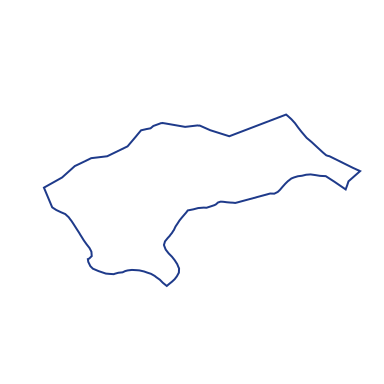 Al Hujjaylah, Al Hudaydah, Yemen (Equal Earth projection), rotated 129°
{"feature_id": "15242507B15912619562849", "entity_name": "Al Hujjaylah", "entity_type": "district", "adm_level": 2, "iso_a3": "YEM", "parent_name": "Yemen", "parent_adm1": "Al Hudaydah", "projection": "equal_earth", "projection_center": [43.594, 14.987], "detail": "fine", "context": "isolated", "style": "outline", "palette": "blue", "viewbox_px": 384, "rotation_deg": 129, "n_neighbors": 0, "source": "geoboundaries", "source_scale": "gbopen_adm2", "svg_char_len": 2293}
<svg xmlns="http://www.w3.org/2000/svg" viewBox="0 0 384 384"><g transform="rotate(129 192 192)"><path d="M280.9,152.5L277.9,151.9L274.2,151.1L271.4,150.7L270.7,150.6L267.0,150.7L263.8,151.3L263.4,151.4L263.0,151.4L259.6,153.9L259.4,154.2L258.9,155.3L257.3,158.2L256.9,159.5L255.9,162.5L254.9,166.9L254.4,171.5L253.3,176.2L251.5,179.4L250.8,180.5L248.3,181.5L247.7,181.8L247.4,181.9L244.4,181.9L243.6,181.9L243.0,181.9L240.0,181.7L239.3,181.8L237.6,181.8L236.3,181.8L234.2,182.1L233.7,182.1L233.4,182.1L232.7,182.2L230.8,182.7L229.1,183.1L225.6,183.4L222.0,183.8L218.8,183.8L218.5,183.8L214.8,183.7L211.5,183.6L211.3,183.6L209.0,183.7L204.7,180.1L200.6,177.1L196.7,173.0L195.1,170.8L191.1,168.2L188.1,166.3L186.5,165.6L183.8,165.2L181.5,163.7L179.9,161.5L178.0,158.4L175.9,155.3L174.5,153.4L173.3,151.5L171.3,150.0L168.8,148.2L144.0,130.3L141.5,127.0L138.0,125.4L135.0,125.0L130.7,124.9L126.8,124.7L123.3,124.3L122.1,124.0L119.0,123.3L116.5,121.9L113.1,119.6L110.1,116.7L106.8,114.2L103.7,110.9L101.0,106.4L98.9,102.7L95.5,98.0L94.4,87.8L93.8,80.5L93.5,76.8L93.3,74.2L89.2,75.6L85.2,77.1L70.0,74.5L71.9,81.9L77.7,107.7L78.6,109.6L79.0,110.9L78.9,115.1L78.5,121.5L77.9,130.5L77.8,136.9L76.4,144.4L76.0,146.2L75.1,150.1L73.7,155.3L72.9,160.5L72.6,166.1L72.6,167.6L125.2,198.1L132.5,216.7L135.5,227.8L136.1,228.4L136.8,229.6L145.7,238.3L151.0,247.8L155.3,255.5L156.9,258.3L157.1,258.3L158.0,259.4L160.2,260.7L165.0,263.6L168.1,264.2L168.6,264.3L172.0,267.2L172.3,267.4L176.1,270.4L181.7,270.5L182.1,270.5L183.6,270.5L184.3,270.5L197.1,270.8L214.6,279.0L217.6,280.4L224.7,287.3L229.1,291.6L229.9,292.0L230.6,292.3L240.2,296.8L245.6,299.4L262.5,302.1L281.8,309.8L291.9,291.0L291.4,286.1L290.4,282.0L290.3,281.5L288.9,276.6L289.1,273.9L289.2,272.0L289.8,269.8L290.3,267.6L291.3,264.4L291.7,263.2L293.2,258.7L293.4,258.1L294.7,254.1L295.6,251.7L296.2,249.9L297.7,245.6L299.0,240.9L300.0,236.5L301.3,233.5L301.8,232.5L304.9,229.6L308.4,230.0L309.7,230.7L311.6,228.6L313.6,224.3L313.9,221.3L314.0,220.9L312.3,214.9L309.6,207.6L307.5,204.5L305.1,201.1L304.2,200.6L301.1,198.4L298.1,195.4L295.4,194.1L293.4,192.6L290.4,189.7L287.8,186.1L286.0,183.5L283.9,179.2L282.9,176.3L281.4,172.4L280.7,168.2L280.7,166.3L280.4,161.8L280.9,157.6L280.9,152.5Z" fill="none" stroke="#1e3a8a" stroke-width="2"/></g></svg>